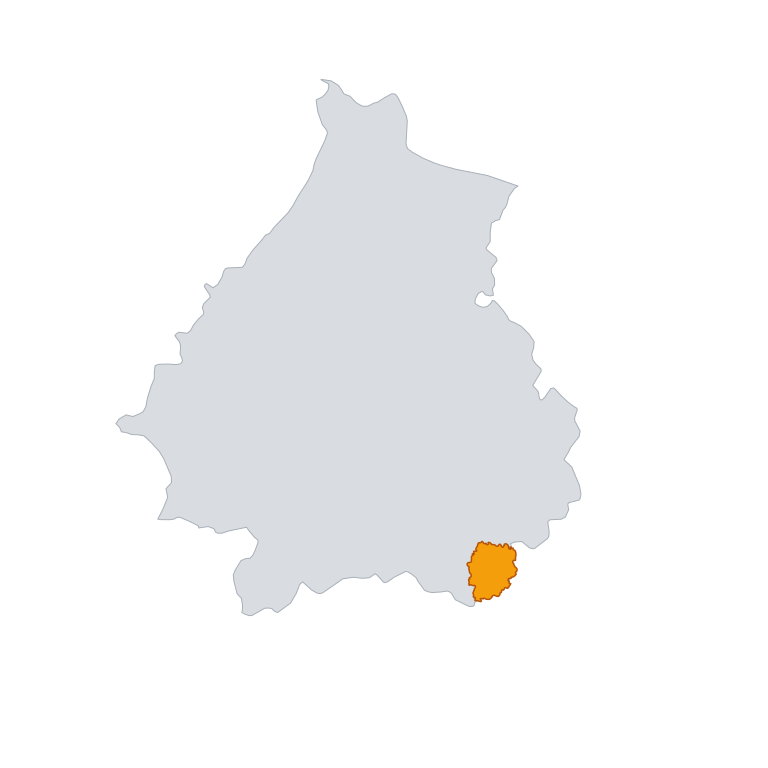 Haradok, Vitebsk, Belarus (highlighted), rotated 115°
{"feature_id": "67162791B30546828632542", "entity_name": "Haradok", "entity_type": "district", "adm_level": 2, "iso_a3": "BLR", "parent_name": "Belarus", "parent_adm1": "Vitebsk", "projection": "orthographic", "projection_center": [30.062, 55.617], "detail": "fine", "context": "in_parent", "style": "filled", "palette": "amber", "viewbox_px": 768, "rotation_deg": 115, "n_neighbors": 0, "source": "geoboundaries", "source_scale": "gbopen_adm2", "svg_char_len": 9173}
<svg xmlns="http://www.w3.org/2000/svg" viewBox="0 0 768 768"><g transform="rotate(115 384 384)"><path d="M602.0,531.9L591.2,531.5L578.2,532.1L571.1,537.3L563.1,534.9L557.6,537.8L544.9,551.9L539.9,559.5L535.2,571.0L532.4,579.6L534.0,585.6L536.4,591.1L537.0,597.1L538.3,601.8L535.1,605.2L533.2,610.2L527.7,609.3L521.0,604.7L519.6,597.8L514.4,593.1L511.0,590.6L505.4,590.2L496.5,592.5L484.8,594.1L476.0,594.5L471.1,596.9L464.0,599.2L461.3,596.4L457.4,588.6L454.3,580.8L452.1,577.4L450.2,576.4L447.8,576.6L445.1,579.0L443.0,581.5L435.6,584.3L432.3,587.0L428.6,594.0L426.2,593.4L423.8,591.8L421.2,583.8L417.4,581.9L411.2,581.6L403.6,579.7L397.4,577.2L395.2,577.7L391.4,581.0L387.4,581.3L378.7,578.1L377.0,579.4L371.7,588.0L369.3,588.3L368.0,587.2L369.0,579.6L364.0,576.7L355.5,576.0L349.4,576.9L346.5,576.4L345.0,574.9L338.2,561.8L334.3,560.8L327.4,561.2L317.2,559.2L305.5,555.7L299.1,554.3L295.9,551.3L288.7,549.9L269.5,543.4L261.6,542.0L249.9,541.2L232.2,538.8L220.8,538.6L215.4,540.0L209.2,540.7L188.0,540.5L180.3,541.3L177.9,543.8L175.0,549.5L165.4,558.9L156.4,564.9L154.8,565.3L150.1,561.3L146.1,559.7L141.3,558.9L137.8,559.7L135.4,561.2L135.0,569.0L134.5,569.7L131.6,560.0L132.6,551.7L135.1,547.1L138.0,543.0L137.6,536.4L140.8,528.1L141.4,521.9L140.6,519.1L138.9,515.9L133.7,511.9L131.5,509.0L124.5,504.7L117.6,499.5L116.6,496.7L117.1,494.9L118.7,492.1L125.0,484.4L131.8,476.9L135.9,474.0L157.2,465.5L160.7,462.2L162.0,456.1L162.8,443.7L162.5,432.3L161.6,424.4L159.0,409.4L151.3,378.2L148.0,346.3L151.9,348.5L161.3,350.1L169.0,348.6L172.9,348.7L176.3,349.6L186.3,348.8L188.6,351.8L192.8,354.6L201.8,351.8L209.8,348.0L217.8,349.0L219.1,347.0L221.9,336.0L224.4,333.7L233.8,335.6L237.5,333.8L241.6,328.6L247.4,325.6L252.1,325.9L257.2,322.4L259.4,325.1L260.3,329.8L258.5,333.4L259.1,334.8L262.3,336.9L268.2,337.2L272.0,335.9L272.9,333.9L273.2,330.0L272.5,326.4L270.2,323.2L265.7,321.3L262.5,321.1L262.1,319.1L263.4,315.0L266.8,307.5L270.7,300.7L273.0,298.2L273.5,295.9L273.3,291.6L273.7,284.1L277.5,273.6L282.1,265.9L287.8,263.7L294.7,262.7L299.3,259.1L301.7,254.9L303.9,248.2L306.1,246.9L322.4,248.6L325.3,241.9L326.7,240.1L330.0,238.2L332.3,235.9L331.5,233.9L327.4,232.5L317.7,231.0L315.9,228.6L316.6,225.9L319.6,219.0L322.5,210.1L324.1,203.1L324.5,199.0L325.9,197.9L333.9,197.0L336.6,195.7L343.8,186.4L349.1,185.0L362.3,188.0L368.4,188.1L376.1,189.0L376.8,188.1L379.9,178.7L393.5,163.9L400.7,158.9L405.2,157.8L406.7,158.1L413.5,166.4L415.2,166.7L419.9,163.5L428.0,163.4L431.7,166.3L436.9,176.2L439.7,177.4L447.7,172.1L452.1,170.3L454.9,170.4L469.7,178.2L470.8,180.7L470.9,183.6L468.5,192.5L471.5,198.0L475.1,201.8L482.8,195.7L485.7,194.0L488.8,193.9L492.9,191.6L495.9,188.2L498.8,187.0L504.3,187.8L514.2,187.0L525.8,192.4L526.8,194.0L532.7,200.3L534.7,203.5L536.6,204.4L539.8,207.5L543.9,209.4L546.8,208.8L548.2,209.8L549.5,212.2L549.6,216.3L549.4,228.2L545.2,234.4L544.7,236.6L544.9,239.2L548.3,244.3L552.7,252.2L553.8,256.8L553.8,260.2L548.1,270.4L546.1,272.8L544.8,277.9L544.2,282.9L544.6,285.0L554.6,293.0L562.0,297.3L563.7,299.4L563.8,300.7L560.1,309.5L559.7,311.8L565.7,315.3L569.0,320.9L572.1,330.1L577.9,338.9L599.2,351.3L601.1,353.6L601.8,356.4L601.3,362.5L597.7,374.1L601.4,375.7L610.7,375.0L622.1,376.1L636.1,383.8L636.2,387.5L634.9,390.9L636.0,394.3L637.6,397.3L649.8,406.0L651.0,408.6L651.4,413.0L651.2,416.2L647.9,417.1L644.3,418.7L638.4,422.8L636.2,428.4L626.7,436.3L620.8,439.9L616.0,440.2L604.6,439.0L600.5,435.4L598.7,431.9L594.3,430.5L588.5,430.5L580.4,431.3L578.8,432.3L577.6,436.6L574.3,443.9L571.9,448.0L582.4,462.1L587.7,467.9L589.4,471.4L589.4,474.0L587.0,477.1L587.5,483.1L592.7,491.0L591.0,492.3L590.7,502.2L591.0,512.7L592.4,515.2L595.2,517.2L597.6,521.0L601.6,529.7L602.0,531.9Z" fill="#d9dde1" stroke="#a8b0b8" stroke-width="1"/><path d="M541.8,210.1L541.7,209.7L541.3,208.7L541.1,207.8L540.7,207.1L540.7,206.1L540.5,205.1L540.3,204.3L539.6,204.0L538.9,204.7L538.4,205.4L537.8,205.9L537.3,205.1L537.0,204.3L537.0,203.5L536.5,203.1L535.9,202.9L535.7,202.4L535.9,201.6L535.8,200.4L535.5,199.4L535.2,198.7L534.6,197.5L533.9,197.0L532.7,196.5L531.6,196.1L530.7,196.2L529.6,195.9L529.2,195.2L528.8,194.4L528.8,193.2L528.7,192.2L528.5,191.3L528.2,190.7L527.2,190.1L526.2,190.0L525.4,190.1L524.5,190.4L523.8,190.3L523.4,189.6L522.9,189.6L522.2,189.9L521.4,190.1L520.8,190.1L520.5,189.6L520.3,188.7L519.7,188.4L519.1,188.5L518.3,188.5L517.7,188.4L517.2,187.8L517.2,186.8L517.0,185.8L516.0,185.2L514.6,185.1L513.9,185.1L512.7,184.8L511.5,184.8L511.5,185.7L511.4,186.7L510.5,186.9L509.9,187.4L509.8,188.4L508.6,188.9L507.8,188.9L507.3,188.1L506.4,186.8L505.4,186.9L504.4,185.6L503.6,184.9L502.1,184.3L500.8,183.8L500.0,184.4L499.2,185.2L498.6,185.1L497.7,184.6L496.5,184.7L495.4,185.3L494.9,186.1L494.6,186.9L494.2,188.2L493.4,189.2L492.8,190.0L492.0,190.5L491.6,191.6L490.8,192.2L489.8,192.3L489.0,192.0L488.9,191.3L488.2,190.4L487.1,190.8L486.0,191.4L484.8,191.8L483.4,192.0L482.1,192.8L481.2,193.3L479.8,194.5L479.5,195.4L479.5,196.8L478.8,197.2L478.2,197.9L478.6,198.3L478.9,198.8L478.9,199.1L478.8,199.3L478.4,199.6L478.1,200.1L478.3,200.6L478.8,200.6L479.1,200.5L479.3,200.3L479.5,200.0L479.6,199.6L479.9,199.4L480.2,199.4L480.3,199.6L480.4,200.0L480.4,200.4L480.5,200.7L480.4,201.0L480.3,201.3L480.1,201.6L479.7,201.9L479.1,202.3L478.4,202.7L478.1,203.0L477.8,203.4L477.6,203.7L477.5,204.1L477.3,204.6L477.3,205.2L477.3,206.0L477.5,206.4L477.8,206.8L478.2,207.0L478.5,207.2L478.8,207.2L479.0,207.1L479.2,206.9L479.4,206.7L479.8,206.7L480.0,206.8L480.2,207.1L480.5,207.2L480.9,207.2L481.1,207.0L481.3,207.0L481.6,207.2L481.8,207.5L481.9,207.8L481.8,208.1L481.7,208.4L481.5,208.7L481.3,209.0L481.0,209.4L480.7,210.0L480.3,210.3L480.2,210.4L480.2,210.5L480.2,210.9L480.3,211.3L480.5,211.7L480.9,211.8L481.3,212.0L482.0,212.0L482.3,212.0L482.7,212.2L482.9,212.5L483.1,212.7L483.3,213.1L483.4,213.5L483.4,213.9L483.4,214.1L483.3,214.4L483.2,214.7L483.0,215.3L483.0,215.5L483.0,215.9L483.1,216.3L483.2,216.6L483.3,216.9L483.4,217.2L483.5,217.6L483.7,217.9L483.9,218.1L484.0,218.5L483.9,218.9L483.8,219.1L483.6,219.2L483.5,219.5L483.3,219.8L483.1,220.4L483.1,220.9L483.2,221.3L483.2,221.7L483.2,221.9L483.4,222.3L483.5,222.5L483.9,222.5L484.2,222.3L484.4,222.1L484.6,221.9L485.0,221.8L485.4,221.9L485.7,222.1L486.0,222.4L486.1,222.7L486.1,223.2L486.0,223.4L485.7,223.6L485.4,223.9L485.3,224.2L485.4,224.4L485.6,224.7L485.7,224.8L485.9,225.0L486.2,225.3L486.3,225.5L486.3,226.0L486.0,226.8L485.9,227.0L485.6,227.3L485.5,227.6L485.3,227.8L485.2,228.2L485.2,228.4L485.2,228.6L485.5,228.8L485.9,228.9L486.2,229.0L486.9,229.4L487.1,229.6L487.3,229.8L487.4,230.1L487.6,230.4L487.7,230.7L487.8,230.9L488.1,231.2L488.3,231.2L488.7,231.3L489.1,231.2L489.5,231.2L489.8,231.2L490.1,231.1L490.4,231.1L490.7,231.0L491.1,231.0L491.7,230.9L492.3,231.0L492.6,231.0L493.0,231.0L493.3,231.1L493.6,231.1L493.9,231.1L494.3,231.1L494.7,231.0L494.9,230.9L495.3,230.4L495.5,230.1L495.6,229.8L495.9,229.5L496.1,229.5L496.4,229.6L496.6,229.8L496.8,230.1L497.0,230.4L497.0,230.8L497.2,231.1L497.3,231.3L497.5,231.7L497.8,231.9L498.1,231.9L498.4,231.8L498.6,231.6L498.9,231.4L499.1,231.1L499.4,230.8L499.7,230.7L500.0,230.5L500.3,230.5L500.7,230.5L500.9,230.7L500.7,231.1L500.5,231.5L500.4,231.9L500.6,232.1L501.0,231.9L501.2,231.5L501.5,231.2L502.0,231.2L502.2,231.4L502.4,231.6L502.6,231.7L502.8,231.7L503.2,231.7L503.5,231.7L504.0,231.7L504.4,231.5L504.7,231.2L504.9,231.0L505.2,230.8L505.5,230.7L505.9,230.6L506.3,230.6L506.5,230.5L507.0,230.3L507.2,230.2L507.5,230.0L507.8,229.8L508.0,229.8L508.5,229.8L508.8,230.0L509.0,230.3L509.2,230.6L509.4,230.8L509.8,231.2L509.9,231.5L510.2,231.9L510.4,232.2L510.6,232.4L510.9,232.6L511.3,232.6L511.6,232.6L512.0,232.5L512.4,232.4L512.6,232.2L512.9,232.0L513.2,231.7L513.3,231.4L513.3,231.1L513.5,230.7L513.8,230.4L513.9,230.1L513.8,229.9L513.9,229.6L514.0,229.4L514.6,229.2L515.1,229.2L515.5,229.0L516.0,228.8L516.6,228.2L517.4,227.7L518.1,227.1L518.6,226.8L518.9,226.5L519.1,226.2L519.2,225.8L519.3,225.5L519.4,225.2L519.5,224.9L519.8,224.6L520.1,224.5L520.4,224.3L520.7,224.1L521.0,223.9L521.4,223.8L521.8,223.7L522.2,223.8L522.4,224.0L522.6,224.2L522.9,224.3L523.2,224.6L523.3,224.7L523.5,224.8L523.8,224.7L524.0,224.5L524.1,224.3L524.1,224.2L524.4,223.9L524.6,223.9L524.8,224.1L525.0,224.4L525.3,224.6L525.8,224.5L526.1,224.4L526.3,224.2L526.6,224.0L526.7,223.8L527.1,223.4L527.5,223.1L528.0,223.0L528.4,222.8L528.8,222.8L529.0,222.7L529.5,222.5L529.7,222.3L530.1,222.0L530.3,221.8L530.3,221.6L530.2,221.4L529.9,221.1L529.6,220.9L529.3,220.6L529.2,220.2L529.2,219.6L529.2,219.1L529.2,218.7L529.0,218.3L529.0,217.9L528.9,217.6L528.7,217.3L528.4,217.0L528.3,216.7L528.3,216.4L528.4,216.0L528.8,215.8L529.0,215.5L529.5,215.3L529.9,215.3L530.3,215.3L530.8,215.5L531.2,215.5L531.6,215.5L532.1,215.3L532.6,215.2L533.0,215.3L533.4,215.3L533.7,215.2L534.3,215.1L534.9,215.1L535.5,215.1L535.8,215.0L536.3,214.7L536.7,214.3L537.0,213.9L537.4,213.6L537.9,213.4L538.4,213.4L538.9,213.2L538.8,212.8L538.9,212.7L539.1,212.6L539.3,212.4L539.5,212.2L539.6,211.8L539.5,211.5L539.2,211.3L539.1,211.0L539.2,210.8L539.5,210.7L539.9,210.7L540.3,210.6L540.9,210.4L541.2,210.3L541.8,210.1Z" fill="#f59e0b" stroke="#b45309" stroke-width="1.5"/></g></svg>